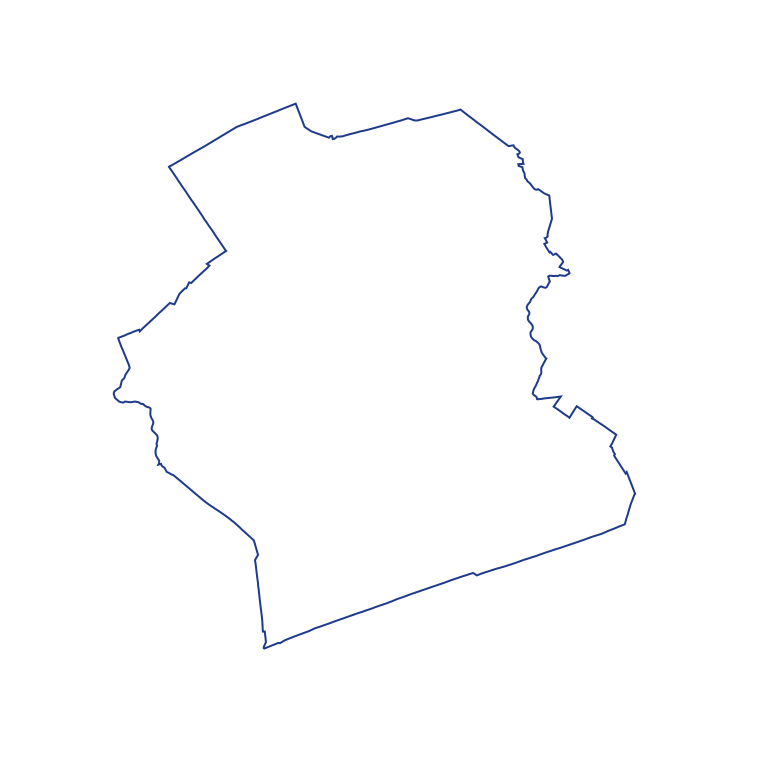 the district of Phung Hiep, Hau Giang, Vietnam, rotated 13°
{"feature_id": "81297802B32262425524101", "entity_name": "Phung Hiep", "entity_type": "district", "adm_level": 2, "iso_a3": "VNM", "parent_name": "Vietnam", "parent_adm1": "Hau Giang", "projection": "orthographic", "projection_center": [105.705, 9.788], "detail": "fine", "context": "isolated", "style": "outline", "palette": "blue", "viewbox_px": 768, "rotation_deg": 13, "n_neighbors": 0, "source": "geoboundaries", "source_scale": "gbopen_adm2", "svg_char_len": 6164}
<svg xmlns="http://www.w3.org/2000/svg" viewBox="0 0 768 768"><g transform="rotate(13 384 384)"><path d="M462.0,125.9L458.6,124.5L457.3,123.4L456.5,122.3L451.8,124.2L431.3,115.1L420.9,110.3L415.0,107.8L411.8,106.2L406.4,103.9L396.8,99.4L394.6,100.7L377.8,109.4L375.7,110.4L368.7,114.0L359.8,118.4L357.3,119.7L355.0,120.2L354.2,120.3L350.3,119.9L348.3,119.7L347.5,119.7L341.8,123.1L333.7,127.6L313.4,138.7L307.7,141.6L304.9,142.8L298.8,146.1L296.4,147.3L289.9,150.8L288.2,151.9L284.4,153.1L282.6,153.4L281.8,154.8L281.2,155.5L280.6,156.1L279.0,156.9L277.9,154.5L277.4,153.9L276.0,154.7L275.6,155.2L275.0,156.4L256.4,154.2L250.0,151.8L248.7,151.2L245.3,146.1L234.9,130.7L222.8,139.0L218.8,141.9L215.7,144.0L211.8,146.7L204.6,151.7L201.7,153.8L188.5,162.8L187.7,163.2L182.6,166.7L155.0,193.4L145.6,202.0L135.1,212.0L127.9,218.7L125.6,220.7L125.9,221.1L128.1,223.0L136.6,230.9L137.6,232.0L140.5,234.6L143.3,237.3L147.2,240.7L149.3,242.8L155.2,248.3L158.1,250.8L161.1,253.6L169.4,261.3L171.8,263.8L175.2,266.8L177.5,269.0L183.5,274.3L185.5,276.4L198.5,288.4L199.2,289.1L200.3,289.8L189.9,300.8L184.4,306.8L187.3,308.0L185.9,310.3L179.0,320.4L173.5,328.9L171.3,328.8L169.8,335.2L168.8,335.4L167.7,336.9L165.9,339.6L164.4,342.2L161.9,353.5L157.5,353.3L157.2,353.2L156.8,353.7L151.1,362.3L148.7,365.7L146.5,369.2L136.5,383.9L134.2,387.7L133.2,386.2L128.5,389.2L125.6,391.3L122.7,393.2L120.2,395.2L115.6,398.2L114.6,399.1L120.1,407.4L121.3,408.9L131.0,422.6L132.6,425.5L132.3,426.9L130.0,433.1L129.8,434.6L129.8,435.4L129.6,436.7L129.0,437.8L128.0,439.1L127.8,439.6L127.7,446.3L127.4,446.8L124.8,449.5L123.2,451.5L122.9,452.1L122.8,452.7L122.8,454.1L123.2,455.2L123.9,456.2L124.9,457.9L125.7,458.5L126.5,458.8L127.4,459.4L128.1,459.7L128.7,460.1L129.9,460.7L130.7,460.8L131.6,460.9L133.8,460.8L134.5,460.5L135.5,459.4L136.0,459.3L140.4,458.9L141.8,458.6L144.8,457.3L145.7,457.1L147.8,457.0L148.7,457.0L149.4,457.1L151.1,457.8L151.8,457.9L152.5,457.9L153.6,457.7L154.1,457.8L154.8,458.4L156.5,459.2L158.1,459.6L160.5,459.7L161.2,459.9L161.8,460.3L162.2,460.7L162.7,464.0L163.1,466.1L163.8,467.6L164.7,469.1L167.1,471.7L167.7,472.6L167.9,473.5L168.0,475.2L167.8,475.9L167.6,477.7L167.6,479.7L168.0,480.6L168.8,481.5L173.3,484.3L174.2,485.0L175.0,485.8L175.7,487.6L175.8,488.4L175.9,491.5L175.8,493.4L176.1,494.1L176.8,495.1L176.4,497.8L176.3,499.9L177.0,502.8L178.1,505.2L179.2,506.4L181.4,508.5L182.0,509.3L182.4,510.1L182.6,511.2L182.5,512.6L182.3,513.3L184.7,512.0L185.3,513.0L186.0,513.7L186.7,514.1L188.3,514.7L189.1,515.1L192.0,518.4L192.5,518.6L194.7,519.1L196.4,519.7L199.5,520.3L199.9,520.5L211.0,526.1L232.9,537.4L236.3,539.0L240.9,541.0L246.4,543.1L252.4,545.3L258.4,547.7L263.7,550.0L267.2,551.7L269.2,552.6L273.0,554.7L275.9,556.3L278.1,557.7L281.1,559.3L292.4,565.7L299.7,578.8L297.9,584.7L299.2,587.7L304.0,601.1L306.1,606.6L306.8,609.0L308.0,612.1L311.8,623.0L318.5,641.5L321.5,652.0L321.7,652.5L323.5,652.0L326.3,659.9L327.0,662.2L326.1,666.8L326.1,667.9L326.2,668.4L326.6,668.6L327.0,668.6L338.4,660.6L339.7,660.0L340.9,660.0L344.0,657.0L345.6,655.6L353.4,650.2L363.6,643.5L366.7,641.5L370.4,638.5L372.7,636.9L375.8,635.1L385.7,628.8L388.2,627.1L408.2,614.4L421.5,606.2L423.6,604.9L425.7,603.4L436.0,597.0L440.6,593.9L445.2,590.6L452.9,585.8L456.5,583.3L476.9,570.6L488.5,563.4L491.9,561.1L501.2,555.3L513.3,548.1L513.8,548.2L517.5,549.6L521.9,546.6L535.4,538.5L538.0,537.2L543.3,534.2L550.5,529.9L560.0,523.8L572.3,516.5L573.2,515.8L580.3,511.3L581.6,510.6L587.1,507.2L593.1,503.7L605.7,495.9L613.1,491.3L620.9,486.2L629.6,481.1L633.2,478.5L634.9,477.1L641.4,472.7L645.9,469.4L648.4,467.8L650.2,466.5L650.4,462.0L650.4,460.3L650.7,457.9L651.4,446.1L652.8,435.8L653.4,434.5L640.3,415.2L639.6,416.9L624.8,402.5L624.3,401.8L624.8,400.6L622.7,398.3L621.3,396.2L620.6,394.8L618.6,393.9L619.7,390.4L620.0,388.8L621.7,381.2L607.3,375.3L596.2,371.1L594.4,370.8L594.9,369.6L594.5,369.3L576.8,362.3L575.5,365.8L572.3,375.2L570.0,374.1L565.4,372.4L559.4,369.8L554.4,367.9L559.1,356.4L553.1,358.7L543.4,362.0L541.0,363.0L536.8,364.4L536.3,364.1L535.9,362.8L535.6,362.5L535.2,362.2L533.8,361.5L533.2,361.3L532.6,361.2L531.1,360.0L531.1,357.7L531.1,355.7L532.5,350.7L532.8,348.7L533.4,346.3L533.5,344.5L533.8,343.2L533.9,341.1L534.6,339.5L534.8,338.6L534.7,337.5L533.8,333.9L533.7,332.6L535.7,325.0L536.4,322.6L535.8,322.5L535.1,321.8L533.0,320.1L530.6,317.9L528.7,314.6L527.6,312.2L526.9,311.0L526.2,310.2L525.1,309.4L522.9,308.3L522.5,308.0L522.0,307.8L520.9,307.8L519.5,307.1L517.2,305.5L516.1,303.9L515.6,302.7L515.3,301.7L515.2,300.5L515.3,300.2L516.2,298.1L516.4,297.3L516.5,296.5L516.3,295.4L515.9,294.4L515.3,293.4L513.5,291.9L511.3,290.4L510.3,289.5L509.7,288.6L509.2,287.1L509.1,286.5L509.1,285.7L509.3,284.9L509.8,283.4L509.7,282.2L509.5,281.5L508.7,280.5L507.3,279.7L506.4,278.4L505.9,277.5L505.8,276.7L505.9,275.7L506.3,274.2L506.9,273.0L507.9,271.1L508.1,269.1L508.5,267.7L509.6,266.2L510.0,265.4L510.7,263.2L512.3,259.0L512.9,256.2L513.3,255.4L514.5,254.0L515.2,253.6L515.8,253.6L516.9,253.9L518.1,254.0L519.5,254.0L520.5,253.3L520.9,252.6L521.1,251.6L522.0,248.2L522.2,247.4L522.6,246.9L521.5,245.3L520.3,243.2L519.8,242.3L521.0,241.2L523.5,240.8L524.4,240.8L525.5,240.5L526.9,240.0L528.7,239.9L530.1,238.9L530.5,238.5L533.5,238.2L535.1,238.1L536.2,237.8L537.0,237.2L538.1,236.0L539.2,235.2L539.5,234.9L539.8,234.2L537.8,231.4L536.6,232.3L528.7,230.6L528.8,230.1L531.1,224.8L530.6,223.9L530.0,223.2L529.1,222.4L527.1,221.2L526.8,220.9L525.8,220.3L524.5,219.5L524.0,219.3L522.5,218.2L522.1,218.3L520.0,220.1L519.4,220.1L516.4,217.9L515.8,218.6L511.6,214.6L508.7,211.4L511.2,209.5L508.0,205.8L508.4,205.7L510.3,203.5L509.7,201.6L509.6,198.5L510.5,185.2L502.6,163.2L497.1,162.2L491.9,160.0L490.2,159.5L489.7,160.0L488.8,160.4L487.6,160.4L486.5,160.0L483.9,158.1L483.1,157.3L480.9,155.5L479.1,154.7L478.0,154.0L477.6,153.6L476.8,152.6L476.1,152.2L475.4,151.7L474.9,151.2L473.5,147.1L472.2,145.7L471.6,144.8L471.1,144.1L470.0,141.5L466.2,141.3L465.4,139.6L470.4,138.1L469.7,137.0L468.8,134.4L468.7,133.8L464.0,132.8L463.3,131.8L462.3,130.1L464.1,128.8L464.3,128.1L464.0,127.4L463.4,126.7L462.0,125.9Z" fill="none" stroke="#1e3a8a" stroke-width="2"/></g></svg>